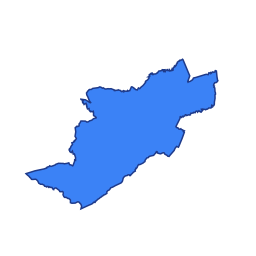 outline of Ocuituco, Morelos, Mexico, rotated 215°
{"feature_id": "50627088B33747024846778", "entity_name": "Ocuituco", "entity_type": "district", "adm_level": 2, "iso_a3": "MEX", "parent_name": "Mexico", "parent_adm1": "Morelos", "projection": "equal_earth", "projection_center": [-98.781, 18.879], "detail": "fine", "context": "isolated", "style": "filled", "palette": "blue", "viewbox_px": 256, "rotation_deg": 215, "n_neighbors": 0, "source": "geoboundaries", "source_scale": "gbopen_adm2", "svg_char_len": 5841}
<svg xmlns="http://www.w3.org/2000/svg" viewBox="0 0 256 256"><g transform="rotate(215 128 128)"><path d="M113.7,45.8L113.6,47.4L112.3,48.1L112.3,48.4L112.8,49.0L112.8,49.3L112.2,50.0L111.9,52.1L111.1,53.9L110.9,55.1L110.2,56.4L110.2,57.2L109.7,57.9L109.5,59.2L108.9,59.8L107.8,62.3L108.8,63.6L108.6,65.2L108.0,66.0L107.7,67.3L107.9,69.0L106.6,70.9L105.3,73.6L102.2,79.0L102.0,80.2L102.1,81.4L103.2,84.3L103.1,86.0L102.9,86.7L102.4,87.6L101.4,88.6L101.2,89.5L100.7,90.0L100.3,90.2L99.5,90.1L99.5,90.6L99.3,90.7L99.2,90.3L98.7,90.5L98.8,91.6L98.4,93.4L98.2,95.0L97.3,96.9L98.2,97.8L98.2,99.2L98.3,99.4L98.0,99.4L97.9,100.8L98.4,103.1L98.2,104.3L97.6,104.5L97.0,105.3L95.5,108.1L95.4,108.9L94.9,110.0L95.0,110.6L95.5,111.3L95.4,114.3L94.4,115.4L94.3,115.8L94.5,116.2L94.2,117.1L91.3,120.3L91.2,122.0L91.0,122.9L91.2,124.4L90.9,125.2L90.3,125.2L89.8,124.4L89.5,124.4L87.6,125.0L86.4,125.6L85.3,127.6L84.5,128.3L84.0,128.3L82.8,127.7L80.3,128.0L79.3,127.7L78.0,128.3L78.0,129.4L77.3,136.0L77.8,138.4L77.6,140.8L75.7,141.2L75.8,142.0L77.7,150.5L79.4,156.8L80.0,157.0L80.4,156.7L80.7,156.8L80.7,157.2L80.3,158.0L80.5,158.0L81.7,157.6L82.1,157.8L83.5,157.4L84.3,157.7L84.7,156.8L85.1,156.7L85.5,156.3L87.4,156.8L87.8,156.3L89.4,156.5L89.6,156.9L90.9,165.7L91.7,167.1L91.7,167.3L90.1,167.4L90.1,168.8L89.1,168.9L89.2,169.4L88.9,170.0L88.4,170.3L88.6,171.8L88.0,172.1L87.0,171.9L86.0,173.5L84.9,174.0L84.5,174.5L84.8,174.8L84.9,176.2L84.5,176.2L83.7,177.3L82.9,178.0L83.0,178.3L83.3,178.2L83.2,178.5L81.7,179.2L81.9,179.9L81.8,181.0L80.7,181.5L80.1,181.0L79.8,182.7L79.0,182.6L78.8,182.9L78.2,183.0L77.9,182.7L77.2,182.9L77.0,185.3L77.7,185.1L78.6,185.5L77.9,186.2L75.5,187.4L74.8,187.5L74.6,188.3L73.7,189.1L73.3,190.7L71.6,191.9L71.0,193.5L71.7,193.2L72.5,194.7L71.2,195.1L70.6,195.7L70.9,197.0L72.1,198.8L73.7,202.2L75.8,205.1L75.7,205.9L76.8,207.2L77.6,207.7L79.9,210.6L81.1,210.7L81.3,211.9L82.2,211.8L82.7,212.7L82.9,213.4L82.7,213.8L82.9,214.8L82.4,215.4L81.9,215.7L81.5,216.9L81.5,218.3L82.0,218.5L84.4,220.9L88.3,225.4L89.4,225.1L89.4,224.6L89.2,224.4L88.9,224.5L89.0,223.6L89.8,222.7L90.5,222.7L91.0,222.3L91.0,221.7L91.2,220.8L91.4,221.2L91.8,221.1L91.5,220.6L91.5,220.3L92.3,220.5L92.7,219.8L93.4,219.6L92.9,217.7L94.5,217.0L95.3,216.2L101.6,208.1L102.9,206.7L103.1,206.1L102.8,205.4L102.8,204.5L103.0,203.8L103.3,203.5L103.6,202.2L104.3,201.2L104.9,201.0L105.1,200.0L105.7,200.3L107.3,206.1L119.9,214.1L122.1,215.5L122.8,215.6L123.2,214.3L124.4,213.3L124.1,212.8L124.2,212.4L124.8,212.0L125.3,210.0L124.8,209.5L125.0,207.8L124.5,207.3L124.7,205.4L125.4,205.7L125.5,205.2L125.3,204.7L125.0,204.6L125.3,203.8L125.3,203.1L124.3,201.1L124.6,200.7L124.9,200.8L125.7,201.4L125.4,200.2L125.6,199.4L126.3,199.4L126.6,198.6L126.8,198.6L127.4,199.3L127.5,198.4L128.3,197.9L129.0,198.6L129.9,196.9L129.9,195.5L130.5,195.8L130.8,194.9L131.0,194.7L131.4,195.1L131.8,195.0L132.6,195.6L132.2,195.7L131.9,196.4L133.4,195.3L133.3,194.5L134.3,193.3L135.4,192.4L135.5,191.6L135.4,190.2L135.6,190.2L136.0,189.2L136.2,188.3L137.8,187.0L138.1,186.1L138.3,186.0L138.8,186.6L139.8,186.9L140.0,186.6L139.7,186.6L139.6,186.3L139.7,185.7L140.1,185.4L140.6,184.6L140.8,184.8L141.1,183.5L140.6,183.2L140.3,183.3L139.9,182.9L140.6,181.6L140.0,181.9L139.4,180.6L139.6,178.5L140.4,176.5L140.3,175.9L139.7,175.3L139.9,174.6L139.9,173.0L140.1,171.2L140.8,168.9L141.0,167.0L142.4,166.8L142.2,164.5L143.9,163.8L145.0,164.1L145.6,163.8L146.1,164.2L148.4,164.0L148.8,163.6L148.0,159.6L148.4,159.3L149.1,158.2L149.4,158.3L149.6,158.0L149.9,158.2L149.9,157.8L150.1,157.4L151.9,156.3L152.1,155.5L152.7,156.2L153.1,156.1L153.8,154.3L154.3,154.5L155.1,154.1L156.2,154.3L157.4,153.6L157.9,153.7L158.5,152.6L159.2,152.2L160.1,151.1L160.6,150.9L160.7,151.4L164.4,150.5L166.1,149.1L166.9,148.8L168.5,147.2L169.4,146.8L171.3,146.7L171.7,146.0L173.5,145.9L174.7,145.5L175.6,143.9L179.6,140.2L180.2,138.5L181.5,137.6L181.9,136.9L181.8,136.2L182.2,134.9L182.0,133.9L182.1,132.9L180.8,131.5L178.7,130.4L175.2,128.1L173.2,127.4L173.4,127.0L179.0,126.7L183.1,124.6L182.9,124.4L181.6,124.5L181.0,125.1L180.2,124.7L180.5,123.6L179.6,122.7L179.1,122.7L178.9,122.9L177.5,122.1L177.4,122.8L176.8,123.4L176.6,124.1L175.1,123.2L175.2,122.9L174.0,122.2L174.1,121.8L172.1,120.4L171.1,121.6L170.0,120.3L168.2,119.8L168.1,120.5L167.1,120.5L166.7,121.0L166.2,121.0L166.0,121.7L165.1,120.9L163.6,118.7L163.1,118.4L162.2,118.6L160.2,118.4L159.9,118.0L161.6,115.8L162.2,113.5L163.6,111.8L163.9,110.6L165.0,109.3L166.8,109.2L170.2,107.0L170.7,106.4L170.2,105.2L170.4,104.0L170.3,103.5L170.4,103.3L169.3,101.7L170.0,100.3L170.8,100.3L171.1,99.5L171.1,98.3L171.3,98.3L171.4,97.9L168.6,94.9L166.6,90.8L164.3,89.8L164.2,89.5L164.2,86.7L164.6,87.0L164.7,86.6L164.5,85.0L165.5,83.7L164.0,82.6L164.2,80.9L164.0,79.5L163.7,78.8L164.0,77.3L163.8,77.2L163.8,76.9L163.3,76.7L163.5,76.2L163.0,76.1L162.1,75.3L160.4,75.3L160.3,77.2L157.9,75.2L157.0,76.0L154.0,73.7L152.5,71.5L153.4,71.3L152.7,70.2L151.5,65.5L151.7,65.2L153.3,65.1L154.9,64.5L156.5,65.5L157.7,64.0L159.7,62.1L160.6,61.9L164.7,59.2L166.4,56.7L166.5,55.9L168.7,52.7L169.2,52.3L170.5,52.1L170.5,51.1L171.7,49.7L172.0,48.7L171.7,48.5L173.4,46.2L179.6,39.6L185.4,32.1L184.6,31.9L181.1,31.6L180.1,31.2L179.2,31.2L177.6,30.6L176.4,31.3L174.5,32.9L173.6,33.2L171.5,32.8L169.4,31.6L167.3,31.8L165.9,32.8L163.7,33.0L163.0,32.5L162.3,32.7L161.3,33.3L160.8,33.1L160.3,34.1L159.9,34.3L159.3,34.2L159.0,33.9L158.7,33.9L158.5,34.8L157.2,35.0L156.2,35.7L153.9,34.7L153.5,34.9L153.9,35.6L153.3,37.0L152.5,37.6L149.0,37.5L148.1,37.3L147.5,36.8L146.3,37.3L145.3,38.4L144.4,38.3L143.5,37.3L143.0,36.1L141.2,35.0L140.1,34.8L139.5,35.2L139.1,35.7L136.7,35.8L136.1,36.3L134.7,36.2L133.9,36.0L132.3,33.8L130.8,34.2L128.1,36.3L127.0,38.5L125.9,39.2L122.8,38.5L121.1,37.3L120.2,34.8L115.2,43.3L114.9,43.6L113.7,45.8Z" fill="#3b82f6" stroke="#1e3a8a" stroke-width="1.5"/></g></svg>